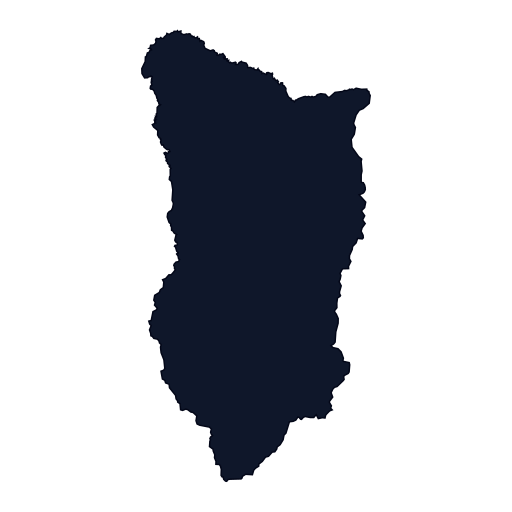 outline of Wiang Pa Pao, Chiang Rai, Thailand
{"feature_id": "78962969B36758186979365", "entity_name": "Wiang Pa Pao", "entity_type": "district", "adm_level": 2, "iso_a3": "THA", "parent_name": "Thailand", "parent_adm1": "Chiang Rai", "projection": "mercator", "projection_center": [99.403, 19.272], "detail": "fine", "context": "isolated", "style": "filled", "palette": "ink", "viewbox_px": 512, "rotation_deg": 0, "n_neighbors": 0, "source": "geoboundaries", "source_scale": "gbopen_adm2", "svg_char_len": 5954}
<svg xmlns="http://www.w3.org/2000/svg" viewBox="0 0 512 512"><path d="M225.5,481.1L226.7,481.3L228.1,479.5L230.0,479.2L241.1,478.9L241.9,478.2L242.5,476.3L245.6,474.3L252.4,474.7L253.7,470.2L255.5,468.2L258.7,466.2L258.8,464.1L262.3,461.4L265.5,457.1L268.5,456.3L272.2,452.1L274.8,451.8L276.7,449.1L277.2,446.9L280.1,444.7L283.1,439.8L284.0,435.1L285.9,433.2L289.4,421.8L293.2,421.3L295.8,420.1L297.9,417.0L299.1,417.4L300.6,419.2L301.5,419.4L303.3,417.4L305.1,416.5L310.2,417.5L313.8,417.5L316.2,414.6L318.3,418.6L322.3,417.7L325.0,418.0L325.6,415.3L326.4,414.2L329.6,410.9L332.2,409.9L330.6,408.2L331.4,405.8L329.4,402.5L329.5,401.3L332.7,397.1L331.1,392.7L332.8,389.1L334.5,387.3L337.1,386.5L343.3,380.5L344.1,379.4L343.7,377.1L344.1,375.6L348.2,373.4L349.1,372.0L349.7,364.8L349.2,362.6L343.4,361.4L342.9,360.5L343.4,358.2L341.1,351.9L338.0,348.7L333.0,347.6L330.9,345.7L333.7,343.9L335.1,342.1L335.8,331.9L338.1,323.3L338.2,318.5L336.3,314.2L334.7,312.1L334.6,310.6L336.9,307.7L336.8,303.2L337.5,298.0L340.0,296.4L340.5,295.4L339.6,293.9L339.5,291.9L341.2,285.8L339.1,281.7L340.2,279.1L340.9,275.5L340.0,273.4L342.5,268.8L348.6,268.6L348.5,266.2L350.9,261.4L349.4,258.8L349.5,255.5L352.2,249.5L352.6,246.5L356.1,242.9L357.6,238.4L362.3,238.9L363.3,237.8L363.1,235.3L361.1,231.2L362.1,227.8L365.2,223.6L362.6,220.0L364.7,215.8L361.7,211.4L362.0,210.2L364.6,207.6L365.7,202.1L359.1,194.8L362.9,193.3L364.3,191.9L365.3,189.7L365.2,187.5L364.6,185.0L363.3,182.7L361.5,182.4L361.2,181.7L361.2,174.7L362.0,171.0L361.1,161.4L361.7,159.1L358.6,156.6L352.0,147.3L351.2,139.3L354.2,134.4L354.5,133.0L355.4,127.4L354.0,124.8L353.6,123.1L356.1,114.9L359.3,110.2L363.1,108.6L369.2,103.3L370.2,95.5L369.1,93.4L369.0,91.8L367.0,90.3L366.8,89.1L361.4,89.3L356.1,88.2L353.6,89.7L352.0,89.0L351.0,89.5L349.4,89.2L348.9,89.9L346.4,90.7L344.6,90.4L342.5,91.5L335.0,92.4L329.5,97.3L327.9,97.1L325.4,94.3L320.7,93.7L317.2,94.7L315.9,96.4L313.2,97.1L312.0,96.4L310.9,97.1L308.4,96.4L307.0,97.0L305.4,96.4L303.6,96.8L298.4,98.7L296.2,100.2L295.5,100.1L294.4,101.9L292.8,100.4L291.3,100.3L291.0,98.4L289.7,98.1L288.2,96.6L285.8,91.1L285.9,88.4L284.1,85.8L282.8,85.5L282.5,82.8L280.9,82.8L280.2,84.2L279.1,84.5L277.5,82.5L278.4,81.8L277.3,80.1L275.7,80.6L274.4,78.3L273.6,79.0L273.0,78.6L272.1,75.3L272.6,74.3L272.4,73.2L271.0,73.7L268.2,72.5L266.8,72.7L266.5,73.1L266.9,74.2L266.3,74.6L263.1,73.0L261.9,73.6L261.6,71.6L260.2,71.4L259.2,70.0L258.3,69.8L258.0,68.6L256.9,70.0L255.0,69.8L253.9,69.0L253.7,68.1L252.9,68.5L250.5,67.4L247.7,67.6L247.5,65.3L246.1,63.1L241.9,62.1L241.5,61.4L239.1,62.6L238.0,64.5L235.5,64.5L236.1,62.9L235.5,62.2L231.8,63.1L230.3,62.2L229.5,62.7L228.4,61.5L228.7,60.3L228.0,60.4L227.7,61.2L226.8,60.7L227.2,58.9L224.2,58.9L223.5,57.4L224.7,57.0L225.2,57.7L225.2,56.7L222.9,53.6L221.3,54.4L219.7,54.2L218.3,55.3L217.0,55.1L217.3,53.3L214.4,51.9L214.3,50.7L213.1,49.9L210.3,50.8L205.0,48.3L203.7,45.1L204.3,43.3L203.7,41.7L201.0,40.4L199.9,41.2L199.3,38.6L198.0,38.9L197.5,36.9L195.8,38.0L194.3,37.5L194.0,36.5L192.6,36.8L192.1,36.0L191.5,36.4L190.3,34.1L189.0,33.7L188.1,34.3L186.8,33.9L183.8,34.7L180.9,33.5L180.9,31.0L178.1,31.9L177.5,30.7L176.8,31.4L174.1,31.3L173.3,32.6L172.2,32.6L170.1,33.7L169.6,34.6L166.9,33.4L166.4,35.2L164.3,36.9L163.5,38.3L161.6,38.5L160.8,37.5L159.4,38.8L156.4,38.4L155.5,39.9L156.0,41.2L155.6,43.3L153.6,45.0L150.6,45.3L150.1,47.7L149.1,48.4L150.9,48.7L151.5,49.8L150.1,50.2L148.8,52.6L147.4,52.9L146.3,56.6L145.4,56.9L145.2,61.6L141.8,68.6L142.0,73.6L144.6,77.9L147.7,77.7L148.6,76.7L150.2,76.7L150.8,76.0L152.1,76.6L151.4,80.3L152.1,81.3L151.1,82.0L151.9,85.1L150.6,86.0L150.2,88.4L150.7,89.1L152.6,89.3L154.2,91.1L154.8,93.3L156.2,95.3L156.9,98.2L157.8,99.5L157.4,100.6L158.5,101.9L159.0,104.0L160.6,104.8L159.8,105.6L159.1,105.3L157.2,107.4L157.0,113.5L156.2,114.0L156.6,116.5L155.5,116.3L155.7,117.4L155.0,117.9L155.3,118.7L154.8,118.6L155.6,119.1L154.9,119.2L155.4,120.5L154.4,120.4L155.1,121.9L154.8,121.7L154.8,123.4L152.3,124.6L153.6,127.0L157.8,130.5L157.6,134.9L159.1,137.7L160.6,138.5L160.4,139.5L161.1,140.1L160.5,142.0L161.2,144.0L162.0,145.2L163.3,144.9L164.0,147.1L166.4,149.1L167.4,149.7L169.1,149.6L169.9,151.5L168.5,151.7L168.6,152.5L167.5,153.4L165.4,152.3L164.0,153.1L164.7,153.8L164.6,154.6L165.9,155.1L165.5,157.3L166.9,159.4L166.0,160.2L166.2,160.9L167.5,161.9L167.6,163.5L170.1,165.3L170.1,165.8L169.2,165.9L169.2,166.6L171.0,168.3L170.2,169.5L170.3,175.7L169.6,176.9L169.3,179.5L171.5,181.5L172.8,189.8L172.1,200.3L173.3,202.9L173.3,204.3L172.6,207.8L171.4,210.4L169.1,211.7L167.7,213.4L167.2,217.0L169.1,222.5L170.9,224.1L170.6,225.5L171.5,227.1L171.6,230.3L172.8,230.9L174.3,233.2L176.7,234.5L176.0,235.1L174.8,240.2L175.7,242.0L177.0,242.3L177.4,244.7L176.5,245.3L175.1,245.3L174.5,246.3L175.5,247.1L176.7,251.2L178.3,252.5L178.2,253.4L177.3,253.3L176.6,254.0L178.0,255.9L178.6,258.9L179.6,259.6L178.5,261.6L176.0,262.1L174.1,264.2L173.8,265.6L174.5,266.5L174.5,268.6L175.4,269.8L172.3,273.6L171.1,274.8L168.9,274.8L165.7,278.5L162.6,279.7L163.8,282.1L163.3,287.6L160.4,289.7L159.3,292.5L154.7,295.3L153.8,300.2L155.3,302.4L154.5,305.1L157.3,308.3L156.1,310.1L153.0,311.6L151.2,320.5L148.8,321.1L149.7,324.1L151.2,325.6L149.5,329.9L150.7,333.3L150.9,335.8L152.4,336.4L153.8,338.4L157.6,339.2L159.3,341.6L159.4,342.8L161.2,344.6L160.5,347.1L161.1,352.7L163.9,359.8L164.8,368.4L163.7,370.2L161.0,371.2L162.4,379.0L164.8,380.3L165.6,382.9L169.1,384.2L169.5,387.8L175.6,395.4L176.1,398.9L177.6,400.8L177.7,402.1L180.0,403.7L180.6,409.8L182.6,410.4L185.8,409.1L187.8,409.7L190.8,412.0L193.1,412.5L196.8,415.9L196.0,420.7L197.1,424.0L199.7,425.2L209.4,427.1L211.4,429.0L210.6,432.2L211.2,434.0L212.5,435.6L210.6,437.0L209.9,438.6L210.5,440.0L209.9,441.1L209.5,446.6L213.1,449.2L213.2,450.9L214.8,454.8L214.5,457.7L216.0,461.3L215.9,464.3L219.3,464.5L220.4,466.0L221.3,469.4L221.1,475.4L222.1,476.9L223.1,477.0L223.7,479.3L225.5,481.1Z" fill="#0f172a" stroke="#020617" stroke-width="1.5"/></svg>